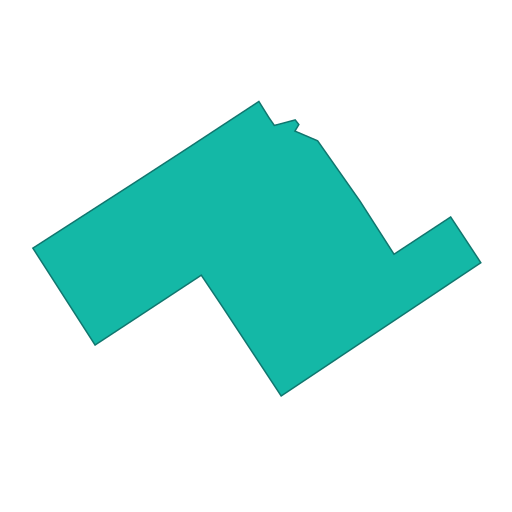 outline of Phelps, Missouri, United States of America, rotated 56°
{"feature_id": "52423323B59210924893707", "entity_name": "Phelps", "entity_type": "district", "adm_level": 2, "iso_a3": "USA", "parent_name": "United States of America", "parent_adm1": "Missouri", "projection": "albers", "projection_center": [-91.813, 37.876], "detail": "fine", "context": "isolated", "style": "filled", "palette": "teal", "viewbox_px": 512, "rotation_deg": 56, "n_neighbors": 0, "source": "geoboundaries", "source_scale": "gbopen_adm2", "svg_char_len": 406}
<svg xmlns="http://www.w3.org/2000/svg" viewBox="0 0 512 512"><g transform="rotate(56 256 256)"><path d="M382.5,73.3L332.5,72.8L331.7,140.6L268.8,139.1L195.0,140.5L174.2,153.9L171.0,147.0L165.1,147.4L158.0,167.8L148.4,167.9L129.5,167.2L128.4,252.9L127.4,310.4L124.7,436.6L239.8,439.2L241.3,312.1L279.0,312.2L386.1,313.4L387.3,73.4L382.5,73.3Z" fill="#14b8a6" stroke="#0f766e" stroke-width="1.5"/></g></svg>